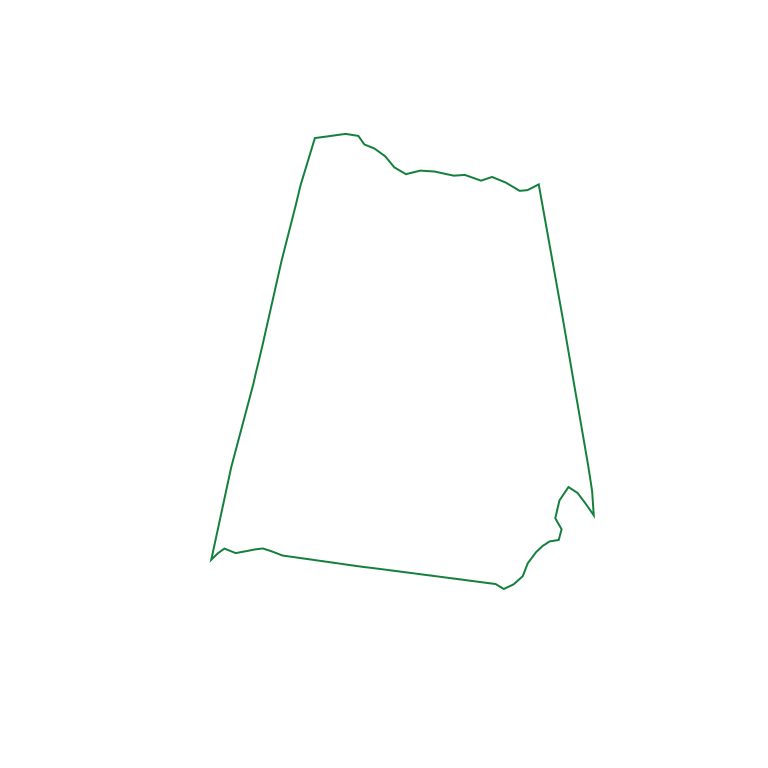 the district of Treze de Maio, Santa Catarina, Brazil, rotated 143°
{"feature_id": "56859067B60832354753392", "entity_name": "Treze de Maio", "entity_type": "district", "adm_level": 2, "iso_a3": "BRA", "parent_name": "Brazil", "parent_adm1": "Santa Catarina", "projection": "equal_earth", "projection_center": [-49.155, -28.57], "detail": "fine", "context": "isolated", "style": "outline", "palette": "green", "viewbox_px": 768, "rotation_deg": 143, "n_neighbors": 0, "source": "geoboundaries", "source_scale": "gbopen_adm2", "svg_char_len": 934}
<svg xmlns="http://www.w3.org/2000/svg" viewBox="0 0 768 768"><g transform="rotate(143 384 384)"><path d="M627.7,347.6L618.3,348.8L610.5,348.6L604.2,338.2L594.0,333.1L586.5,329.5L579.8,325.6L574.7,318.4L568.2,308.0L511.2,250.9L505.0,245.0L477.8,218.4L437.2,178.6L415.2,157.0L411.7,148.2L401.1,146.0L388.9,147.0L377.1,154.3L363.7,158.2L354.8,159.2L346.4,158.6L338.3,154.3L329.6,161.1L328.0,173.7L314.0,185.4L298.7,190.7L295.0,180.5L295.0,167.4L295.5,152.9L282.2,173.3L270.9,194.3L243.7,247.2L237.0,260.3L203.8,324.8L140.3,450.3L152.8,452.5L159.4,456.6L165.6,471.7L173.1,484.3L184.1,488.0L193.6,502.3L202.9,508.4L208.9,515.3L215.6,523.1L226.5,532.5L240.2,538.4L245.4,550.8L246.0,565.1L250.0,578.0L255.5,587.0L255.2,597.6L264.2,606.9L277.5,614.3L291.2,622.0L331.1,592.9L345.3,581.2L359.5,569.8L391.6,544.1L457.8,488.0L469.6,478.2L479.3,470.3L488.5,462.5L556.2,409.4L627.7,347.6Z" fill="none" stroke="#15803d" stroke-width="2"/></g></svg>